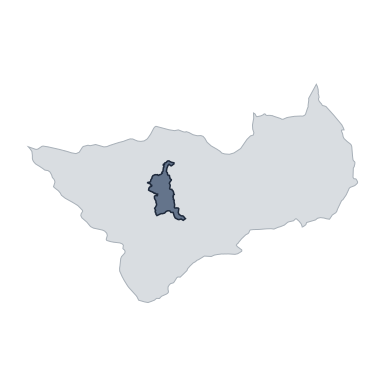 Bria, Haute-Kotto, Central African Republic shown in context, rotated 182°
{"feature_id": "33826404B18938631147464", "entity_name": "Bria", "entity_type": "district", "adm_level": 2, "iso_a3": "CAF", "parent_name": "Central African Republic", "parent_adm1": "Haute-Kotto", "projection": "mercator", "projection_center": [22.039, 6.617], "detail": "fine", "context": "in_parent", "style": "filled", "palette": "slate", "viewbox_px": 384, "rotation_deg": 182, "n_neighbors": 0, "source": "geoboundaries", "source_scale": "gbopen_adm2", "svg_char_len": 6192}
<svg xmlns="http://www.w3.org/2000/svg" viewBox="0 0 384 384"><g transform="rotate(182 192 192)"><path d="M271.7,139.6L275.5,140.6L276.1,141.8L275.1,145.5L275.8,147.9L277.9,149.9L280.1,150.8L282.1,151.2L289.3,152.5L292.2,153.9L296.1,158.3L301.1,162.3L302.3,164.5L302.0,166.4L300.6,168.8L300.8,169.8L303.1,172.1L305.7,174.5L310.4,177.2L318.6,181.4L322.4,184.2L323.6,186.4L325.7,188.7L328.7,190.8L330.6,192.4L329.3,197.1L329.7,198.6L330.4,199.9L332.1,201.7L332.8,204.0L334.5,206.9L336.5,208.3L339.9,208.8L341.7,210.1L345.4,212.4L349.0,214.4L350.5,215.8L351.5,217.0L352.3,218.5L352.7,219.9L352.8,223.0L353.4,226.9L355.3,229.5L357.2,231.5L349.8,229.2L348.7,229.2L347.4,229.6L343.6,232.4L342.4,232.7L337.5,232.1L325.8,229.9L316.8,227.8L314.1,227.0L309.3,226.3L306.1,227.8L303.2,232.7L302.3,233.7L297.6,235.1L295.4,234.7L290.0,236.1L281.6,234.0L278.6,234.4L276.3,235.5L270.3,237.7L266.6,239.0L262.4,240.2L258.4,241.9L255.7,242.9L253.0,242.9L250.6,241.9L248.0,241.0L244.9,240.8L241.6,241.4L238.8,243.3L237.7,244.7L235.3,248.5L232.4,254.5L231.3,255.8L230.3,256.4L217.2,253.4L211.6,252.7L207.8,253.6L203.0,251.9L200.9,251.6L200.0,252.1L197.3,251.4L193.0,249.3L188.8,248.4L185.1,248.7L182.9,248.0L181.0,246.0L178.7,242.3L174.4,238.7L168.7,235.7L165.1,233.5L163.7,232.0L160.7,231.2L155.9,231.0L151.4,232.5L144.9,237.1L138.9,246.5L135.5,250.1L132.8,251.0L132.2,253.3L133.5,256.9L133.9,261.0L132.9,268.0L133.3,273.1L131.8,272.3L130.4,269.9L129.8,269.5L125.8,270.5L123.8,271.5L122.7,272.5L121.8,272.6L120.6,271.3L119.6,271.1L118.0,271.3L116.4,271.3L115.4,271.1L114.7,271.2L112.8,270.5L105.9,268.5L104.8,267.8L103.4,267.9L99.9,269.6L98.0,270.1L92.3,271.2L86.3,271.7L83.9,271.7L82.3,272.5L81.3,273.5L79.4,280.0L78.9,281.1L79.0,282.8L78.5,288.0L78.7,289.6L71.5,304.0L70.3,301.6L69.5,298.8L69.2,295.6L69.4,294.7L68.9,293.8L68.3,291.1L68.9,289.5L68.4,287.7L67.0,285.9L65.7,284.6L65.0,283.4L64.4,282.9L63.0,282.7L61.1,282.1L53.0,273.7L44.6,264.3L42.9,261.2L42.2,259.4L44.3,259.2L44.8,258.9L44.8,258.1L43.6,255.7L42.9,252.6L41.9,250.7L38.6,247.8L35.5,245.6L34.5,244.5L33.9,242.8L32.7,232.6L32.2,229.7L31.2,228.4L30.5,227.9L30.2,227.1L30.3,225.3L30.7,223.7L30.7,223.1L31.6,221.6L31.6,212.2L30.6,210.9L28.7,210.8L27.7,209.5L26.8,207.7L27.1,206.5L28.9,204.6L30.1,203.8L33.7,202.3L34.7,201.6L35.3,200.6L35.7,199.4L37.8,194.5L40.9,189.6L42.2,188.6L45.3,181.5L46.1,179.6L46.6,177.8L47.6,176.3L51.0,173.9L53.6,169.6L56.3,169.9L59.2,170.6L62.8,170.9L65.7,170.1L67.6,168.4L76.4,165.5L77.1,163.3L78.5,162.1L80.1,161.0L80.7,160.9L80.8,161.6L81.8,164.0L83.8,166.4L86.8,168.9L87.6,168.8L89.5,166.8L94.1,165.6L95.3,165.1L98.5,162.2L102.5,160.4L104.8,159.7L108.8,157.8L111.6,158.1L116.2,157.8L123.8,156.9L129.3,156.6L132.1,156.2L132.8,155.8L133.9,153.1L134.7,152.3L136.8,151.1L140.8,147.0L143.5,143.5L144.3,142.2L144.8,142.0L145.9,140.5L144.8,139.0L140.3,135.9L140.3,135.5L140.1,134.9L140.3,134.5L142.1,133.2L144.4,131.8L146.9,131.2L153.4,131.4L158.9,131.1L160.2,131.1L164.5,130.4L167.5,129.7L170.5,128.2L177.4,128.4L183.1,124.6L184.7,123.9L185.4,123.3L185.7,122.7L188.3,121.2L191.3,118.1L193.7,115.2L194.3,113.3L200.8,106.5L203.1,106.6L204.2,105.8L206.8,101.3L207.6,100.5L210.2,99.7L211.5,98.3L212.6,96.4L212.6,93.9L212.1,91.9L212.1,91.0L212.7,90.1L213.8,89.2L218.7,86.8L219.9,85.6L220.7,84.5L222.0,84.4L223.5,84.5L224.5,83.8L225.6,82.7L229.0,81.2L232.1,80.0L235.5,80.5L241.5,82.0L243.3,85.3L244.1,86.4L251.5,94.0L253.0,95.8L256.7,101.3L258.9,105.1L261.5,110.4L261.7,113.3L261.4,115.8L260.9,122.9L260.2,124.9L257.0,128.7L256.8,130.4L257.5,131.8L258.5,132.4L259.1,133.1L258.7,136.4L259.9,137.7L262.3,138.6L268.5,139.1L271.7,139.6Z" fill="#d9dde1" stroke="#a8b0b8" stroke-width="1"/><path d="M229.4,186.4L229.3,184.5L228.9,183.6L228.3,182.7L227.7,181.6L227.6,180.0L227.2,179.6L226.9,177.8L228.2,175.1L228.8,174.5L228.5,173.8L227.7,172.5L228.2,171.7L227.8,170.0L227.3,169.6L227.2,168.4L226.2,167.2L222.2,169.3L220.7,169.3L218.6,170.0L217.2,171.6L215.6,172.4L214.1,172.4L213.2,172.1L212.4,170.9L210.1,170.9L209.0,167.5L208.0,165.6L207.2,165.0L206.5,164.9L205.6,164.2L204.1,163.9L202.6,164.4L201.9,164.6L199.8,163.4L197.6,165.1L198.3,165.8L199.5,167.2L200.3,167.8L201.9,167.8L204.1,169.1L205.0,170.9L204.8,173.0L204.6,174.8L205.1,175.4L206.5,175.6L207.3,175.5L208.2,175.4L208.7,175.5L209.1,176.1L209.0,177.0L208.9,178.8L209.1,179.5L209.6,181.6L209.5,183.2L209.7,183.5L210.2,183.7L210.4,183.9L210.4,184.2L210.3,185.2L210.8,186.2L210.8,186.8L210.5,187.0L210.5,187.3L210.7,187.8L210.5,188.3L209.6,188.9L209.7,189.2L209.9,189.4L210.3,189.7L210.4,191.2L210.7,191.7L211.2,192.7L211.8,193.0L212.2,193.9L214.0,194.0L214.3,194.5L214.5,194.9L214.2,196.0L214.0,197.8L214.3,198.7L215.0,200.0L214.3,201.4L213.1,203.1L213.1,203.7L214.2,204.4L214.6,205.0L214.6,205.9L215.1,206.9L215.1,207.7L215.4,207.9L216.7,208.1L217.0,208.5L217.3,210.4L217.9,210.9L218.3,211.6L218.3,211.8L218.1,213.7L217.8,215.3L217.2,216.7L217.0,217.8L216.3,218.2L215.9,218.9L213.9,217.4L213.4,217.5L211.0,219.5L211.1,220.6L213.7,221.0L214.5,221.5L215.2,221.6L215.8,222.2L217.1,222.3L217.4,222.0L217.9,221.8L218.2,221.5L218.5,220.8L219.0,220.5L219.9,220.3L220.8,219.3L220.7,219.0L220.4,218.8L220.4,218.6L220.5,218.4L220.9,218.4L221.3,218.5L221.6,218.5L221.7,218.1L221.6,217.6L221.0,216.8L220.9,216.3L221.1,215.7L221.4,215.4L221.5,215.2L221.5,214.4L221.6,213.8L221.7,212.1L221.9,211.4L222.7,210.8L222.8,210.4L222.8,210.0L222.5,209.7L223.9,208.4L224.8,208.2L225.6,207.8L225.8,207.4L226.5,207.4L227.0,208.1L227.4,208.2L228.5,207.9L229.4,208.1L231.6,207.0L232.5,205.4L232.5,204.4L233.6,202.6L233.7,201.3L234.2,200.8L234.4,200.5L235.7,200.0L236.0,200.2L236.5,200.0L236.7,199.8L236.7,199.6L236.3,199.4L235.8,199.4L235.5,199.4L235.3,199.0L234.6,199.0L234.2,198.9L233.8,198.5L233.7,197.6L232.6,197.5L232.4,196.9L232.6,196.3L233.1,196.1L233.5,195.8L234.3,195.6L234.6,195.3L234.8,194.8L235.3,194.3L235.2,193.7L235.5,192.5L235.1,192.1L234.2,191.8L233.6,191.2L232.9,191.2L232.4,190.9L231.9,190.8L231.5,190.7L231.4,190.4L231.1,190.3L230.7,190.3L230.5,190.1L230.2,189.9L229.9,189.4L229.4,189.3L229.2,189.6L228.8,189.5L227.7,188.8L226.3,188.7L226.4,187.4L226.7,187.0L227.1,187.1L227.5,187.3L228.0,187.3L228.7,187.0L229.4,186.4Z" fill="#64748b" stroke="#1e293b" stroke-width="1.5"/></g></svg>